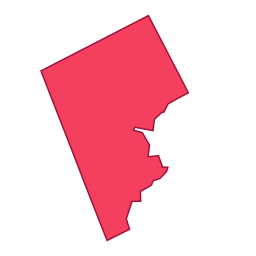 the district of Lowndes, Mississippi, United States of America, rotated 153°
{"feature_id": "52423323B34772057373171", "entity_name": "Lowndes", "entity_type": "district", "adm_level": 2, "iso_a3": "USA", "parent_name": "United States of America", "parent_adm1": "Mississippi", "projection": "albers", "projection_center": [-88.419, 33.516], "detail": "fine", "context": "isolated", "style": "filled", "palette": "rose", "viewbox_px": 256, "rotation_deg": 153, "n_neighbors": 0, "source": "geoboundaries", "source_scale": "gbopen_adm2", "svg_char_len": 716}
<svg xmlns="http://www.w3.org/2000/svg" viewBox="0 0 256 256"><g transform="rotate(153 128 128)"><path d="M58.8,218.9L179.6,218.4L180.2,212.9L184.0,174.5L188.5,129.5L188.7,127.9L189.4,121.0L190.9,106.4L191.0,105.6L191.2,104.0L191.5,100.7L191.8,98.0L191.9,97.1L193.5,80.8L195.3,62.3L195.4,62.0L195.9,56.8L195.9,55.6L196.7,47.4L197.7,37.3L172.6,37.1L170.8,47.8L157.7,60.8L149.9,57.0L145.8,65.8L133.1,66.5L129.4,69.6L122.4,68.5L113.6,71.6L110.3,74.9L115.0,77.5L113.4,89.5L123.1,93.2L116.6,103.0L117.4,117.4L124.2,123.7L121.4,125.5L106.9,114.3L105.9,116.0L100.4,123.8L90.5,126.6L89.1,125.7L81.4,131.3L71.2,131.8L58.3,132.0L58.3,149.2L58.5,172.4L58.8,218.9Z" fill="#f43f5e" stroke="#9f1239" stroke-width="1.5"/></g></svg>